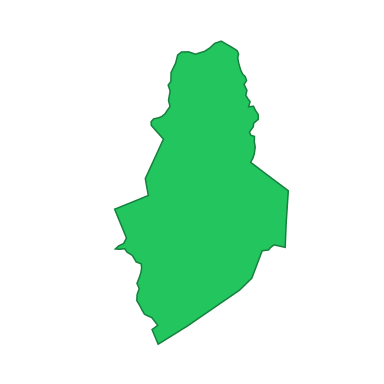 the district of Cruzeta, Rio Grande do Norte, Brazil, rotated 44°
{"feature_id": "56859067B25758892564253", "entity_name": "Cruzeta", "entity_type": "district", "adm_level": 2, "iso_a3": "BRA", "parent_name": "Brazil", "parent_adm1": "Rio Grande do Norte", "projection": "mercator", "projection_center": [-36.841, -6.359], "detail": "fine", "context": "isolated", "style": "filled", "palette": "green", "viewbox_px": 384, "rotation_deg": 44, "n_neighbors": 0, "source": "geoboundaries", "source_scale": "gbopen_adm2", "svg_char_len": 1277}
<svg xmlns="http://www.w3.org/2000/svg" viewBox="0 0 384 384"><g transform="rotate(44 192 192)"><path d="M281.4,149.0L260.4,124.2L233.1,127.6L213.5,129.9L212.4,125.6L210.4,121.4L206.3,115.8L202.1,112.7L198.3,108.6L195.0,110.3L191.7,109.0L190.8,102.5L188.6,99.7L189.2,93.6L185.8,90.3L180.9,89.2L176.6,87.6L173.5,91.4L171.0,86.6L167.4,86.1L163.4,85.0L161.0,80.8L154.7,78.4L153.8,73.9L150.0,72.0L146.7,72.1L142.2,70.4L136.1,66.9L131.6,63.6L129.7,60.4L126.2,59.0L121.5,59.9L108.2,63.2L105.1,69.3L104.7,76.0L103.4,81.9L98.7,90.5L92.4,93.4L87.2,98.5L86.5,103.4L90.6,110.5L94.0,120.7L100.0,127.1L100.6,131.7L106.1,134.5L111.5,142.5L116.7,145.6L118.3,154.9L117.8,158.7L116.5,161.7L113.6,166.1L113.8,169.9L116.5,172.4L134.7,173.8L149.1,214.8L163.0,224.9L148.3,258.1L176.8,270.6L178.6,276.6L176.7,281.7L176.4,286.2L179.5,283.7L183.0,279.6L187.1,280.4L193.0,279.1L196.2,279.9L200.5,281.1L205.4,279.0L208.6,281.7L211.1,285.3L213.4,289.9L215.9,296.0L221.1,298.1L223.8,304.0L227.8,308.5L233.7,310.1L238.2,311.7L242.7,312.9L246.7,311.7L250.2,310.3L254.6,310.9L260.0,311.7L258.8,318.7L273.4,325.0L281.9,291.1L289.5,253.6L294.4,229.5L294.9,212.5L283.3,185.5L287.3,180.6L287.1,177.2L287.8,173.0L293.7,169.4L297.5,167.1L281.4,149.0Z" fill="#22c55e" stroke="#15803d" stroke-width="1.5"/></g></svg>